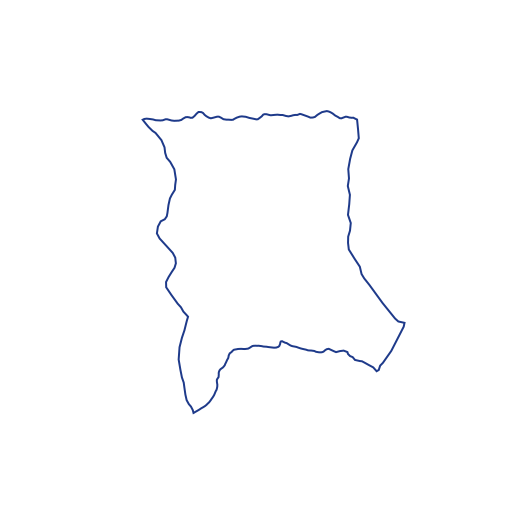 the district of Narang, Mongar, Bhutan, rotated 118°
{"feature_id": "84629894B39157233132648", "entity_name": "Narang", "entity_type": "district", "adm_level": 2, "iso_a3": "BTN", "parent_name": "Bhutan", "parent_adm1": "Mongar", "projection": "robinson", "projection_center": [91.434, 27.301], "detail": "fine", "context": "isolated", "style": "outline", "palette": "blue", "viewbox_px": 512, "rotation_deg": 118, "n_neighbors": 0, "source": "geoboundaries", "source_scale": "gbopen_adm2", "svg_char_len": 3833}
<svg xmlns="http://www.w3.org/2000/svg" viewBox="0 0 512 512"><g transform="rotate(118 256 256)"><path d="M88.1,230.8L88.2,232.9L88.2,235.0L89.0,236.3L89.9,238.6L90.3,240.7L90.8,242.1L91.9,243.1L94.4,245.3L95.0,246.8L94.8,248.9L94.8,252.0L94.2,255.2L94.1,257.7L94.3,259.7L94.8,261.5L96.2,263.2L98.0,265.3L100.4,266.8L102.5,268.0L105.6,269.3L107.1,270.9L108.3,273.0L108.5,275.5L108.9,278.3L109.5,282.4L109.9,283.9L112.0,285.7L113.1,287.7L114.3,289.3L115.7,290.7L117.5,292.9L118.3,295.3L119.0,298.7L120.1,300.8L121.2,303.5L122.6,305.7L124.8,309.0L125.3,310.7L125.6,312.1L126.0,313.6L126.8,315.1L127.8,316.0L130.0,316.5L132.4,317.6L134.4,318.6L135.2,319.8L135.8,322.0L136.2,323.4L137.2,326.7L137.9,330.4L139.4,334.1L140.6,335.8L142.8,337.9L145.1,339.5L146.4,340.2L147.3,341.5L148.6,344.4L149.5,346.1L150.5,349.0L150.3,352.0L150.4,354.2L151.2,355.7L154.1,358.8L155.6,360.5L156.0,362.6L155.9,365.4L155.5,367.6L154.6,369.9L154.6,371.7L155.2,373.1L155.9,374.4L158.2,375.3L161.2,376.0L163.7,377.0L164.7,378.6L164.9,379.9L165.5,381.7L166.5,383.3L169.0,384.9L170.9,385.8L172.7,387.7L174.1,390.1L175.0,391.6L176.0,394.2L176.7,397.4L177.0,398.7L177.7,400.0L180.0,402.1L181.2,404.0L181.9,405.5L183.2,408.3L183.8,411.1L185.0,414.4L186.1,417.1L187.5,419.0L188.9,420.0L190.9,415.4L192.5,411.5L194.1,406.1L194.5,402.5L198.1,393.9L203.0,387.8L207.6,384.6L211.2,381.0L213.2,375.9L217.8,368.8L226.0,362.6L231.2,360.7L235.7,358.7L241.4,359.1L245.6,359.0L252.1,357.2L259.6,354.4L262.9,353.4L266.4,353.8L270.1,356.4L276.1,356.4L282.6,354.1L285.8,349.3L287.9,343.4L290.4,336.4L292.4,330.9L295.4,326.5L300.1,323.3L304.7,322.4L309.7,322.9L315.5,323.3L321.2,323.2L325.8,320.6L330.2,312.3L334.9,302.7L336.5,298.2L339.2,294.0L340.5,290.2L341.5,287.5L345.5,286.7L348.8,285.9L355.2,284.3L363.0,283.0L372.4,280.7L383.7,275.7L392.0,269.3L398.0,264.4L401.7,260.4L405.6,257.6L411.5,253.3L415.8,249.6L418.3,245.8L419.5,242.7L421.8,239.4L423.9,237.5L421.7,236.1L420.3,235.2L418.5,234.1L417.6,233.6L416.6,233.1L415.3,232.3L414.4,231.7L412.3,230.5L410.6,229.8L409.5,229.5L407.2,228.7L404.8,228.3L403.6,228.2L402.1,228.0L400.4,227.8L398.4,227.7L397.2,227.8L395.2,228.0L394.1,228.1L393.1,228.0L391.8,228.2L389.7,228.8L387.8,229.7L385.7,231.3L384.4,232.1L383.4,232.5L382.2,232.4L380.5,232.2L379.1,232.8L378.0,233.3L377.0,233.9L375.9,234.3L374.1,234.5L372.6,234.2L371.0,233.4L370.0,232.9L368.8,232.6L367.2,232.3L365.7,232.5L364.4,232.5L362.7,232.6L361.3,232.7L359.3,232.6L358.1,232.9L356.6,233.4L354.3,233.5L353.3,233.0L352.2,232.5L350.9,232.2L349.3,231.6L348.5,230.7L347.5,229.4L346.6,228.3L345.8,227.0L344.9,225.4L344.4,224.3L343.9,223.2L343.4,222.2L342.7,221.2L341.5,219.5L340.2,218.6L338.9,217.9L337.2,216.9L336.3,215.8L335.7,214.7L334.7,212.8L334.0,211.5L333.5,210.2L333.0,208.9L332.4,206.8L331.8,205.5L331.2,204.2L330.6,202.4L330.1,201.1L329.4,199.3L328.5,197.0L327.4,195.2L325.8,193.7L324.6,193.2L322.4,193.4L321.3,193.8L319.9,194.0L319.0,193.0L319.0,191.9L318.9,189.6L318.5,188.1L318.7,185.4L318.8,183.9L318.7,182.4L318.4,181.1L318.0,179.9L317.3,177.6L317.1,176.0L316.8,174.1L316.5,172.6L316.2,171.4L315.2,167.8L314.9,165.8L314.3,164.4L313.6,163.0L312.5,160.0L312.4,158.0L311.5,155.3L310.9,154.0L310.1,152.7L308.8,151.5L306.4,150.6L305.0,149.7L303.8,148.2L303.5,142.5L303.3,140.2L300.6,137.3L298.4,134.2L297.9,130.2L299.3,128.8L300.2,126.0L299.9,123.2L301.3,119.8L300.0,115.0L299.2,113.0L299.2,110.1L299.3,105.1L299.3,100.2L301.1,95.4L299.0,94.1L297.5,94.4L294.5,94.9L290.8,93.8L276.3,92.0L249.1,92.4L245.3,93.5L247.0,99.6L245.9,103.9L238.1,122.2L228.3,142.3L225.0,149.9L222.4,154.3L216.7,159.3L212.3,167.4L206.7,177.1L201.2,180.9L195.6,183.7L189.5,184.9L182.4,187.8L176.5,194.1L166.5,198.0L157.9,201.8L151.1,207.8L143.9,210.3L136.0,215.3L126.0,218.5L117.5,220.5L108.2,220.2L103.8,220.5L96.2,225.4L88.1,230.8Z" fill="none" stroke="#1e3a8a" stroke-width="2"/></g></svg>